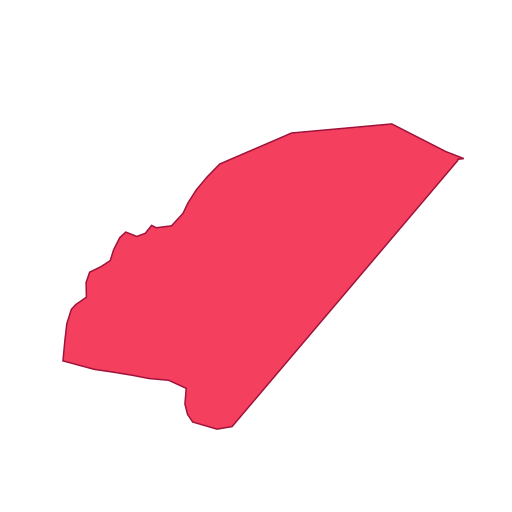 outline of Asomatos Lemesou, Cyprus, rotated 297°
{"feature_id": "46923920B94310568342837", "entity_name": "Asomatos Lemesou", "entity_type": "district", "adm_level": 2, "iso_a3": "CYP", "parent_name": "Cyprus", "parent_adm1": "", "projection": "equal_earth", "projection_center": [32.967, 34.63], "detail": "fine", "context": "isolated", "style": "filled", "palette": "rose", "viewbox_px": 512, "rotation_deg": 297, "n_neighbors": 0, "source": "geoboundaries", "source_scale": "gbopen_adm2", "svg_char_len": 710}
<svg xmlns="http://www.w3.org/2000/svg" viewBox="0 0 512 512"><g transform="rotate(297 256 256)"><path d="M437.1,396.9L435.2,377.5L435.3,316.9L434.3,315.4L381.8,231.9L321.5,181.9L304.8,176.7L288.0,172.8L272.5,171.3L260.8,171.6L244.5,167.0L235.9,154.3L235.9,149.1L225.9,147.0L219.3,140.9L218.2,129.1L210.7,126.3L203.7,126.3L196.9,126.3L185.8,128.2L176.1,122.7L166.1,115.1L160.6,115.9L155.3,116.6L142.3,123.6L131.0,117.5L124.6,115.7L109.7,118.2L94.4,123.9L74.9,131.6L81.5,163.1L84.2,171.2L87.3,180.4L93.7,200.4L98.2,216.2L105.6,234.5L106.4,253.9L91.8,259.9L83.8,266.9L79.3,275.0L82.4,291.2L84.0,299.8L93.1,312.1L432.7,392.4L433.7,391.8L437.1,396.9Z" fill="#f43f5e" stroke="#9f1239" stroke-width="1.5"/></g></svg>